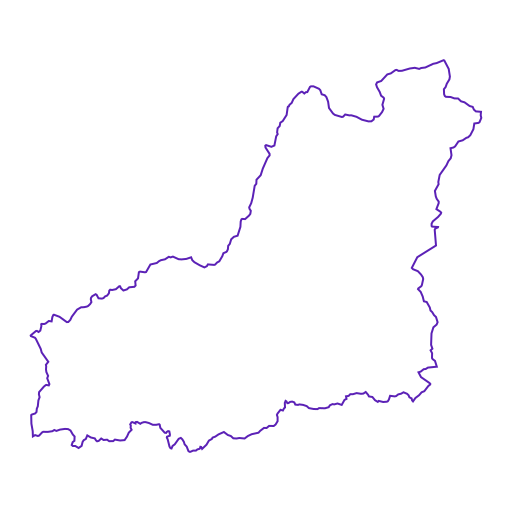 Tay Giang, Quàng Nam, Vietnam (Robinson projection)
{"feature_id": "81297802B8357375846053", "entity_name": "Tay Giang", "entity_type": "district", "adm_level": 2, "iso_a3": "VNM", "parent_name": "Vietnam", "parent_adm1": "Quàng Nam", "projection": "robinson", "projection_center": [107.448, 15.895], "detail": "fine", "context": "isolated", "style": "outline", "palette": "violet", "viewbox_px": 512, "rotation_deg": 0, "n_neighbors": 0, "source": "geoboundaries", "source_scale": "gbopen_adm2", "svg_char_len": 5959}
<svg xmlns="http://www.w3.org/2000/svg" viewBox="0 0 512 512"><path d="M289.5,104.8L288.8,106.4L287.9,106.7L287.7,107.3L286.6,115.0L282.7,121.1L280.3,122.7L279.7,126.0L277.6,128.3L277.1,132.4L277.7,134.1L276.2,136.3L274.4,145.5L271.4,146.8L266.1,145.1L265.3,145.7L265.5,147.5L269.6,153.9L269.6,155.4L267.4,158.1L262.8,168.6L260.7,175.2L256.5,179.7L256.3,183.8L254.7,185.8L252.7,197.7L251.2,203.2L249.2,207.3L249.5,208.8L250.8,210.8L250.3,213.9L249.0,215.6L245.1,219.1L242.1,218.9L241.4,219.4L240.7,221.5L240.4,226.9L237.6,235.7L233.9,236.8L231.2,239.3L229.8,243.9L228.2,245.8L227.9,249.2L227.0,251.2L226.4,251.9L223.4,253.2L222.3,256.2L219.3,261.3L217.1,262.5L215.1,264.6L214.1,264.9L207.9,264.4L206.8,266.2L204.4,267.4L199.8,265.3L194.4,262.2L192.3,260.2L191.1,257.3L186.4,258.9L181.6,259.4L178.6,259.2L172.9,256.6L170.6,257.4L168.8,256.8L165.0,259.3L160.9,260.2L159.1,261.1L156.8,263.0L150.4,264.5L146.1,272.0L145.0,272.3L140.0,271.6L138.9,272.2L138.0,278.4L135.2,281.3L135.6,285.5L134.4,286.8L129.2,287.3L126.9,289.4L123.4,290.5L120.9,288.2L120.1,286.3L119.3,286.2L115.9,289.2L112.1,290.0L110.2,289.7L109.3,290.6L108.9,293.3L107.1,295.6L105.1,296.4L103.5,298.1L101.9,298.6L98.5,298.3L96.6,294.8L95.6,294.2L92.1,296.3L91.0,297.9L90.8,299.2L91.4,302.1L90.1,304.1L88.1,306.0L86.8,306.6L83.9,307.2L81.1,307.3L77.1,309.6L71.8,316.7L70.3,319.9L68.3,322.0L66.8,322.1L59.5,316.8L53.9,314.7L53.4,314.9L52.4,316.9L51.6,321.4L48.8,321.0L45.6,323.5L44.2,324.0L41.6,323.9L41.2,324.2L41.4,326.0L40.3,330.6L38.5,332.0L36.9,330.9L36.0,331.0L30.7,335.4L30.9,336.1L34.9,337.7L35.8,338.8L40.7,348.8L41.7,352.5L48.3,361.8L45.9,364.8L46.2,366.2L46.0,369.5L46.4,372.1L48.1,375.9L47.2,378.2L49.4,384.1L48.8,385.4L46.2,384.9L45.5,385.3L43.9,386.6L39.1,392.1L38.9,394.3L39.6,397.2L38.4,400.4L37.8,406.3L36.8,408.7L36.5,412.0L35.1,413.5L31.9,414.5L31.2,415.1L31.4,423.7L32.7,431.1L32.9,436.4L35.1,435.1L37.9,436.0L39.1,435.6L42.1,432.4L43.2,431.8L47.7,431.9L52.4,431.2L54.3,430.0L56.4,430.9L60.0,429.6L65.0,428.9L68.1,429.1L70.5,430.5L72.8,434.5L74.6,436.5L74.4,440.8L72.7,442.1L71.7,445.0L72.8,446.0L75.3,446.0L78.6,448.0L81.6,445.9L82.6,441.9L83.7,440.2L85.8,439.0L87.3,435.4L90.9,437.5L94.8,438.4L96.0,440.4L97.1,441.3L98.7,440.9L101.2,438.5L103.6,440.0L107.1,439.7L109.2,441.2L113.2,441.1L114.9,439.6L120.1,440.5L124.6,440.1L127.0,436.6L128.8,432.6L131.6,429.8L130.6,427.8L130.8,425.6L130.2,424.4L131.5,422.3L132.4,422.1L135.5,423.5L135.7,422.1L137.1,421.9L140.3,423.8L141.5,422.9L144.0,422.1L145.5,422.1L148.9,423.0L152.8,424.8L156.2,424.8L159.1,424.2L159.7,424.7L160.3,427.8L164.7,432.7L166.1,432.9L166.8,431.9L168.1,431.1L169.3,431.4L169.9,434.4L169.8,435.7L167.0,436.7L166.8,437.6L167.7,439.4L169.5,446.6L170.5,448.2L171.5,448.5L172.6,445.9L174.7,444.4L178.7,438.8L180.8,437.9L182.3,439.3L183.9,441.9L184.6,444.3L186.7,446.6L188.4,451.0L189.5,451.8L190.4,451.8L193.1,450.6L195.9,450.6L197.4,449.4L199.3,448.9L199.9,448.5L200.4,446.8L201.2,447.0L202.1,448.9L206.5,444.7L208.9,440.6L211.8,439.0L212.6,437.6L215.3,436.6L218.5,434.4L223.9,432.0L227.8,435.0L230.8,436.0L233.3,438.3L236.5,438.5L239.3,438.0L244.6,438.5L247.9,436.0L251.7,434.2L258.5,432.7L260.1,430.9L264.0,427.9L266.6,428.0L269.1,425.9L273.7,426.0L275.6,424.5L277.6,421.2L277.6,417.1L276.9,414.9L277.5,413.6L280.5,409.8L282.9,410.5L284.0,408.4L285.0,407.5L284.8,402.9L285.6,400.9L286.4,401.4L287.4,403.2L288.4,403.1L290.1,401.9L292.2,401.6L294.3,402.4L295.3,404.6L298.0,404.9L299.4,404.4L303.1,404.9L306.7,406.1L308.9,408.1L313.6,409.0L317.5,409.1L319.1,408.1L324.9,408.3L328.7,407.2L329.9,405.3L332.5,404.1L334.2,404.4L337.5,403.5L341.7,404.9L344.5,399.9L346.5,398.9L346.0,396.3L348.6,395.9L350.3,394.2L352.9,394.2L356.6,393.1L361.0,393.8L363.3,393.6L365.7,392.0L368.1,394.8L368.9,396.4L372.4,397.0L375.0,400.2L377.8,401.9L378.7,400.9L383.2,402.0L386.9,401.7L387.8,401.3L388.9,399.5L390.1,395.8L394.7,396.4L396.1,396.1L398.2,394.4L401.1,393.7L403.5,392.3L407.1,393.8L408.6,395.3L409.4,397.3L411.6,398.4L412.1,400.4L413.0,401.4L415.4,398.0L419.1,395.2L421.6,392.3L424.3,391.2L428.3,386.0L430.2,384.5L430.3,383.9L429.6,383.1L421.0,377.1L418.5,372.3L420.7,371.6L423.7,369.2L425.7,369.0L427.9,367.6L436.8,366.7L435.0,360.9L432.6,359.1L432.0,358.0L432.1,353.2L430.6,350.3L432.4,348.7L431.1,344.9L431.5,333.4L433.4,327.3L436.6,324.6L437.6,322.2L436.0,317.0L434.0,315.1L432.2,312.1L430.5,310.5L429.8,307.5L426.7,302.0L423.9,301.3L422.7,296.5L420.7,291.9L418.0,289.1L418.3,288.4L421.3,286.2L421.9,285.0L423.2,279.0L422.8,277.2L421.1,274.6L417.9,271.2L413.0,269.2L411.8,267.9L417.3,257.2L436.0,245.5L434.7,229.7L435.3,228.6L437.9,227.4L438.0,227.0L432.1,226.6L431.6,226.0L431.6,223.7L432.8,221.4L438.0,217.0L440.8,213.8L441.2,212.7L440.5,211.8L436.4,209.1L438.7,203.1L438.7,201.6L436.7,198.8L435.8,196.4L434.9,190.9L438.6,184.2L438.3,182.0L439.7,174.9L446.4,165.4L448.4,161.1L450.7,158.3L451.5,155.2L450.5,148.2L453.5,147.5L455.1,146.4L458.4,141.5L462.7,140.3L466.4,137.8L468.1,137.3L470.3,135.2L473.4,129.2L474.3,123.5L478.5,122.9L479.5,122.2L481.3,117.9L480.7,115.2L481.0,111.8L475.9,111.4L473.9,109.6L472.7,106.9L469.6,106.0L464.5,102.3L461.0,101.3L458.1,98.5L454.4,98.4L450.6,97.0L445.9,96.8L444.8,96.0L444.1,94.2L443.9,89.2L445.6,87.1L446.8,83.7L449.4,79.4L449.9,76.6L448.7,68.9L444.3,60.5L443.6,60.2L436.6,63.1L433.2,63.8L425.3,67.5L421.2,68.0L419.2,68.9L414.8,67.8L409.8,68.5L401.9,70.8L398.5,70.9L396.7,69.9L395.4,70.1L390.8,73.4L387.3,74.4L381.2,81.0L377.1,82.4L376.1,84.4L377.0,87.2L379.7,91.9L381.1,95.7L383.7,97.7L384.1,98.8L382.4,104.8L383.6,108.8L382.1,112.0L379.0,116.0L377.9,116.6L374.2,116.7L373.7,119.5L371.4,121.3L368.5,121.4L361.9,119.7L356.5,116.8L351.3,115.3L349.4,115.4L345.2,114.5L343.1,116.7L341.9,117.0L334.8,114.9L333.0,113.5L329.0,108.0L328.1,101.7L326.4,97.1L324.7,95.2L321.7,94.3L320.3,90.2L319.0,88.8L313.4,86.3L311.0,86.3L310.0,86.9L307.3,92.1L305.8,92.2L304.3,93.5L302.3,91.8L301.5,91.7L298.4,93.7L293.4,99.1L291.7,102.9L289.5,104.8Z" fill="none" stroke="#5b21b6" stroke-width="2"/></svg>